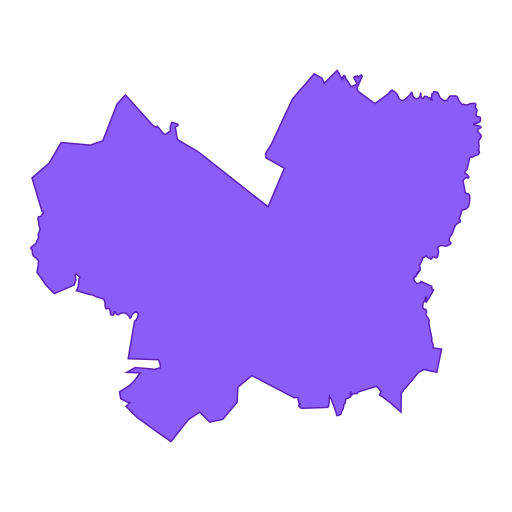 outline of Chicomuselo, Chiapas, Mexico
{"feature_id": "50627088B18917437048636", "entity_name": "Chicomuselo", "entity_type": "district", "adm_level": 2, "iso_a3": "MEX", "parent_name": "Mexico", "parent_adm1": "Chiapas", "projection": "robinson", "projection_center": [-92.321, 15.794], "detail": "fine", "context": "isolated", "style": "filled", "palette": "violet", "viewbox_px": 512, "rotation_deg": 0, "n_neighbors": 0, "source": "geoboundaries", "source_scale": "gbopen_adm2", "svg_char_len": 5969}
<svg xmlns="http://www.w3.org/2000/svg" viewBox="0 0 512 512"><path d="M480.8,127.8L481.0,127.3L480.5,126.4L475.8,125.0L474.4,125.1L473.7,124.7L473.6,124.4L473.7,123.8L474.0,123.5L476.8,123.2L480.0,121.8L480.5,119.5L480.3,117.6L479.7,116.9L478.5,116.8L476.7,116.2L476.0,115.1L476.4,114.3L476.5,112.5L476.8,111.6L477.0,110.7L476.9,109.6L475.8,108.2L475.3,106.8L475.4,105.8L475.8,104.9L475.8,104.1L475.0,103.4L473.2,103.3L472.3,103.6L470.1,103.5L468.7,104.5L467.7,104.8L465.2,104.9L463.8,104.2L463.4,104.2L463.1,104.6L462.4,104.8L460.8,103.0L458.7,100.2L458.0,98.6L457.8,97.4L456.6,96.3L455.5,95.9L450.3,96.0L449.6,96.2L447.4,99.7L445.7,100.8L443.3,100.1L440.5,98.3L439.1,95.8L438.9,94.7L437.2,92.0L436.3,92.3L435.7,92.1L435.4,91.7L434.0,91.6L433.4,91.9L433.3,93.4L433.0,93.8L432.7,94.0L431.8,93.9L431.6,94.1L431.9,95.6L431.1,98.0L431.4,98.6L432.1,99.1L431.9,100.2L430.9,99.7L430.2,98.3L429.3,97.8L428.5,98.0L427.3,96.7L426.4,96.5L424.9,96.2L424.5,96.5L423.5,98.2L421.5,97.9L421.0,96.6L420.9,93.5L420.7,93.2L420.3,93.7L420.4,95.1L420.0,96.3L418.4,98.1L417.8,98.6L416.8,98.9L415.5,98.5L414.4,97.8L413.3,96.7L412.1,92.9L411.5,92.3L409.8,94.9L405.1,99.5L403.3,100.3L401.9,100.4L400.5,99.9L399.1,98.8L397.3,94.4L394.2,91.2L393.2,91.2L392.1,90.1L389.3,92.2L389.7,92.8L374.9,103.6L359.3,92.2L358.0,91.0L356.8,88.6L362.2,76.2L361.4,74.9L358.9,76.5L358.1,77.7L357.9,77.2L358.2,76.9L357.6,76.0L356.3,76.6L356.0,76.2L355.0,76.6L354.9,76.5L353.8,77.5L357.2,84.1L351.1,86.7L347.5,80.8L345.0,77.4L345.5,76.8L344.8,76.0L344.4,76.6L343.7,75.7L342.3,77.3L343.1,78.3L342.0,79.4L338.8,73.0L337.1,70.4L324.4,83.2L321.9,78.1L314.1,73.8L306.4,82.9L298.0,92.4L292.6,98.9L289.0,106.3L289.0,106.8L288.4,107.7L288.3,108.4L287.1,110.3L271.3,144.4L267.2,150.6L265.4,154.1L266.2,154.8L265.8,157.7L284.4,168.2L268.1,206.8L255.0,196.5L254.9,196.8L254.4,196.1L199.4,152.7L194.7,149.7L179.1,140.6L177.2,138.9L175.3,126.8L178.0,125.6L177.9,124.2L171.9,122.3L170.1,127.2L170.4,131.0L165.2,134.5L163.6,133.7L157.4,126.3L156.4,127.3L152.6,125.1L125.4,94.9L117.1,104.0L102.8,140.8L90.2,145.1L61.2,142.5L49.2,163.0L32.0,177.9L41.9,211.0L43.1,211.7L43.4,212.8L42.1,214.1L41.1,216.3L40.0,216.7L38.7,216.6L38.0,217.5L38.0,219.7L38.5,221.0L39.0,226.0L39.7,227.1L40.0,228.9L39.6,230.9L38.4,233.6L38.1,235.0L38.6,237.2L38.5,238.2L36.6,241.2L36.0,243.6L34.2,244.5L33.1,245.8L31.5,246.9L30.7,248.1L32.3,250.4L32.4,253.4L33.2,255.8L36.5,258.3L38.5,260.8L38.3,263.1L38.3,266.5L38.0,266.7L36.9,272.2L42.3,279.6L45.8,285.0L54.4,293.6L74.3,284.9L74.3,284.4L75.6,281.1L75.9,279.6L75.2,275.1L75.7,274.3L76.6,273.9L77.6,275.3L79.9,277.2L79.1,278.8L78.2,286.6L77.3,289.1L76.4,290.7L89.5,294.5L91.8,294.8L93.5,295.3L95.6,296.5L103.5,299.0L104.5,300.9L105.1,303.3L105.0,304.4L105.2,306.8L106.1,308.9L108.9,308.5L109.2,308.7L110.1,310.7L110.5,314.1L110.7,314.5L111.5,315.0L112.5,315.2L113.2,315.1L113.7,314.7L114.2,312.0L114.6,311.8L115.2,312.0L115.4,312.8L116.3,314.1L118.0,314.9L120.0,313.7L122.5,312.9L123.8,312.8L125.8,313.3L127.7,314.8L128.8,315.9L129.7,317.8L130.6,318.1L132.2,314.6L133.9,312.9L136.0,311.9L137.8,312.9L138.2,314.5L137.8,316.9L136.1,320.1L134.5,321.3L128.2,358.7L158.6,359.7L160.2,364.6L160.3,367.7L154.5,369.4L151.4,368.9L135.1,367.6L126.7,372.4L140.2,372.9L133.7,381.4L129.3,385.7L119.6,391.8L120.7,398.7L127.0,402.0L129.8,402.7L126.0,406.4L136.9,417.3L157.3,432.1L171.0,441.6L188.4,419.6L199.8,412.1L209.7,422.1L222.7,419.4L237.1,402.3L237.8,387.2L251.9,375.6L294.1,397.7L295.1,397.7L295.8,397.3L297.2,397.6L297.9,397.9L298.8,402.9L299.3,403.6L300.1,403.9L300.3,404.3L299.3,404.6L298.9,404.9L298.6,405.8L301.2,408.3L325.7,407.5L327.5,407.3L328.1,407.0L328.7,405.7L329.2,401.6L329.1,398.5L329.5,396.3L331.8,400.6L336.5,413.7L336.4,414.4L336.9,415.6L338.5,415.4L340.8,414.3L341.7,411.4L343.1,409.0L343.8,405.9L343.6,404.9L345.2,403.1L345.9,398.8L348.4,398.1L350.2,397.0L350.3,396.4L350.1,395.3L350.7,391.5L351.7,395.2L352.2,394.3L353.4,393.8L355.7,393.5L357.0,393.7L358.3,391.9L376.1,386.4L376.6,386.5L381.1,391.3L379.5,394.9L383.3,397.4L391.5,403.8L401.0,412.2L401.3,392.8L402.9,391.3L403.6,390.1L412.0,380.4L417.9,373.0L419.8,371.7L424.0,369.5L429.6,370.8L436.8,372.2L441.6,349.1L434.8,348.1L433.4,348.1L433.1,345.9L433.1,344.3L431.6,340.9L431.9,339.0L431.3,335.2L429.7,328.3L428.9,322.7L429.2,320.9L429.2,320.2L427.7,317.4L427.3,317.1L425.8,314.6L425.7,314.0L426.6,312.4L426.4,310.4L425.4,309.2L424.1,309.3L422.6,307.4L423.1,303.0L424.1,301.7L425.8,297.0L426.9,298.8L425.4,301.4L426.2,302.2L429.6,297.2L433.6,289.9L431.7,288.8L431.8,286.3L421.0,281.5L420.9,283.3L420.8,282.7L420.2,282.6L418.3,283.4L416.7,283.3L415.5,282.3L414.4,280.5L413.3,279.7L414.1,278.5L413.5,278.1L414.3,276.5L415.0,276.9L415.3,276.4L415.9,276.6L416.7,274.6L417.4,273.9L416.9,273.7L417.7,273.1L417.3,272.9L418.0,272.1L418.5,272.3L419.2,271.6L418.7,271.4L420.3,269.9L420.2,268.3L419.5,265.4L421.7,261.3L422.8,257.8L426.2,256.1L428.5,258.0L429.4,258.0L430.3,258.4L430.8,259.2L431.6,259.0L432.5,256.9L433.4,256.8L434.3,257.1L435.6,258.0L436.5,257.8L437.2,257.3L437.7,256.5L438.3,253.6L438.6,251.9L437.9,248.0L437.9,247.2L438.6,246.3L440.9,245.5L446.6,246.1L447.6,245.7L448.3,245.0L450.2,244.4L450.9,243.7L450.9,242.6L449.3,241.1L449.1,239.8L449.4,238.7L450.3,236.1L451.4,235.2L451.9,234.3L455.0,226.1L456.1,224.5L459.3,222.3L460.2,222.0L460.5,221.2L460.0,219.8L459.0,218.7L459.1,218.2L459.8,217.3L461.0,213.5L461.6,211.0L461.9,210.3L462.7,210.0L466.1,209.0L468.1,207.0L468.7,206.0L469.7,200.8L469.7,195.3L468.7,193.9L466.7,193.8L465.7,192.7L465.0,192.4L464.9,190.2L463.0,180.8L464.1,179.1L466.1,177.6L468.2,178.1L469.0,177.0L467.2,174.6L464.9,173.0L464.8,172.1L467.1,168.9L469.9,157.8L470.6,157.0L471.2,156.9L471.6,157.2L473.4,156.7L475.6,155.5L478.2,154.6L479.4,152.7L479.4,152.0L478.8,150.6L478.3,150.4L478.9,149.6L478.8,148.4L479.1,146.3L478.7,143.3L478.8,141.3L479.0,140.0L480.7,137.8L481.3,136.1L480.5,134.4L478.0,132.0L477.8,130.5L477.9,129.5L478.1,129.2L480.8,127.8Z" fill="#8b5cf6" stroke="#5b21b6" stroke-width="1.5"/></svg>